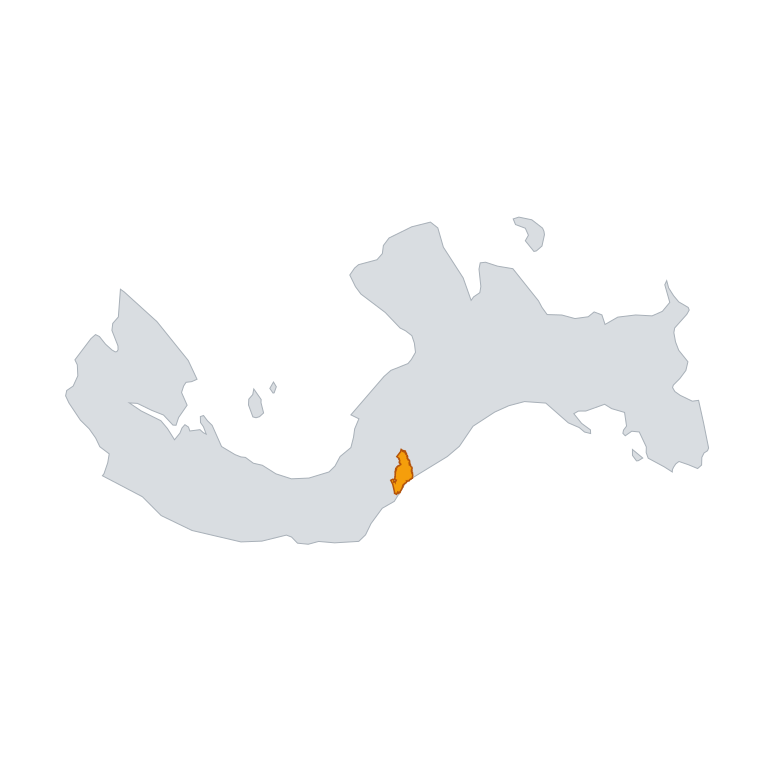 Chagres, Colón, Panama shown in context, rotated 168°
{"feature_id": "35544464B20659112060965", "entity_name": "Chagres", "entity_type": "district", "adm_level": 2, "iso_a3": "PAN", "parent_name": "Panama", "parent_adm1": "Colón", "projection": "natural_earth1", "projection_center": [-80.103, 9.121], "detail": "fine", "context": "in_parent", "style": "filled", "palette": "amber", "viewbox_px": 768, "rotation_deg": 168, "n_neighbors": 0, "source": "geoboundaries", "source_scale": "gbopen_adm2", "svg_char_len": 7578}
<svg xmlns="http://www.w3.org/2000/svg" viewBox="0 0 768 768"><g transform="rotate(168 384 384)"><path d="M678.5,352.8L676.5,354.5L670.6,364.4L667.3,372.8L675.0,381.7L677.3,391.2L681.7,401.5L688.5,411.8L696.1,430.9L697.9,438.6L695.7,443.6L688.5,446.6L681.8,455.6L680.0,466.5L681.3,471.9L661.1,489.4L655.9,492.3L652.5,489.6L648.1,480.8L643.0,473.8L640.2,471.3L638.6,471.2L637.0,472.8L636.3,476.6L639.0,493.0L636.7,499.7L629.9,504.8L622.1,531.5L619.0,528.1L593.1,492.2L570.6,447.7L565.9,427.5L571.7,426.3L577.3,426.8L580.4,423.7L583.8,417.8L581.0,404.2L591.9,393.9L596.0,386.9L599.0,387.7L606.1,399.5L616.5,406.4L629.2,416.3L637.1,418.5L627.1,408.1L609.9,394.5L605.1,385.5L600.5,373.0L593.8,378.4L590.7,383.0L587.2,385.6L584.2,382.5L583.7,378.4L573.5,377.6L570.9,374.0L568.3,371.9L569.5,379.7L571.5,384.5L570.4,390.3L567.1,390.7L564.3,384.7L560.7,379.3L555.9,356.6L544.4,345.9L539.1,342.4L534.8,341.0L528.3,333.7L519.9,329.8L508.4,318.6L494.3,310.5L477.0,307.6L456.1,309.4L449.0,313.9L444.2,319.6L442.0,322.2L429.6,328.7L424.9,338.2L422.0,346.2L415.8,355.2L422.8,360.7L382.4,391.4L374.4,395.9L356.3,399.0L352.1,402.3L346.6,408.4L345.8,417.7L346.7,425.5L351.9,431.6L356.6,435.4L367.9,453.7L387.9,476.8L391.7,485.2L394.8,497.7L388.7,503.5L384.1,506.0L365.0,507.0L358.5,511.9L355.8,519.6L348.7,525.8L324.2,532.0L304.9,532.7L298.9,525.5L297.5,505.5L284.5,471.3L281.4,447.7L278.2,450.6L271.3,453.4L269.0,459.2L267.2,476.6L264.7,482.5L259.4,482.0L248.5,475.7L234.0,470.0L215.6,433.2L213.6,426.2L210.0,418.0L195.7,414.5L183.6,408.3L170.3,407.3L163.5,410.8L156.5,406.3L155.4,396.3L141.4,400.8L123.5,399.2L107.6,394.9L96.6,397.2L87.5,404.4L88.7,422.7L86.0,426.3L85.6,418.8L82.4,410.2L78.6,403.0L70.5,395.6L70.1,392.9L73.3,389.2L88.0,378.4L89.8,374.0L90.1,364.6L88.7,355.7L82.1,342.6L85.9,334.5L93.4,327.9L101.2,322.8L102.5,320.6L101.1,316.2L96.6,311.3L86.0,303.1L79.7,302.6L79.5,279.0L79.8,253.9L81.4,251.5L85.3,250.0L88.4,246.1L90.2,238.7L94.8,236.1L103.1,241.8L111.6,246.9L115.2,245.2L117.8,242.7L119.7,240.3L120.3,238.0L127.1,244.7L141.0,256.5L141.8,262.4L140.5,267.9L144.3,284.0L151.5,286.3L158.8,283.2L160.6,286.1L159.3,289.1L155.5,292.4L154.6,306.2L166.5,312.6L172.4,318.3L192.2,315.6L199.5,317.1L204.5,315.5L198.9,304.4L191.6,296.2L192.2,292.6L197.8,295.3L202.1,300.8L211.8,307.7L229.7,331.7L250.2,337.6L266.5,336.8L281.6,333.5L305.7,324.2L323.2,307.4L337.1,299.9L382.3,283.9L398.3,267.1L405.1,264.9L411.6,262.8L425.7,250.2L433.4,240.3L441.4,235.3L465.3,238.9L480.7,243.6L491.4,243.0L501.7,246.3L506.2,253.5L510.9,256.5L536.1,255.7L556.8,259.3L602.2,280.6L629.3,301.6L643.7,323.9L678.5,352.8ZM223.3,518.6L217.4,519.2L205.3,513.9L196.5,503.5L195.8,500.1L196.0,496.7L200.8,486.1L207.3,482.5L209.8,482.5L216.0,494.7L211.8,499.5L213.4,507.0L222.2,512.6L223.3,518.6ZM514.6,400.9L512.4,406.2L507.4,394.4L508.2,391.3L507.8,380.7L512.6,377.9L516.2,377.6L519.1,379.1L520.9,391.7L519.4,397.3L514.6,400.9ZM155.8,262.5L154.6,268.3L146.3,257.8L151.2,256.1L153.0,256.3L155.8,262.5ZM496.6,403.4L491.7,408.9L489.9,403.7L493.3,398.2L494.4,398.2L496.6,403.4Z" fill="#d9dde1" stroke="#a8b0b8" stroke-width="1"/><path d="M380.8,316.5L381.8,314.4L386.6,310.3L384.7,307.9L384.8,307.8L384.9,307.7L385.1,307.4L385.0,307.2L384.9,307.1L384.8,306.9L384.7,306.6L384.5,306.2L384.6,305.8L384.7,305.7L384.8,305.5L384.8,305.4L384.9,304.9L385.0,304.8L385.0,304.7L385.3,304.6L385.4,304.4L385.4,304.2L385.5,304.2L385.4,304.2L385.4,303.9L385.1,303.8L385.2,303.5L385.1,303.4L385.1,303.2L384.8,302.9L384.5,302.6L384.4,302.5L384.3,302.3L384.3,302.1L384.3,301.9L384.3,301.7L384.5,301.6L385.3,301.5L385.5,301.4L385.7,301.2L385.9,301.2L386.1,301.0L386.5,301.1L386.7,300.8L387.1,300.9L387.5,300.9L387.9,300.4L388.5,300.3L388.5,300.2L388.5,299.9L388.7,299.7L388.8,299.5L388.9,299.4L389.0,299.4L389.4,299.1L389.6,299.2L389.9,299.1L390.0,299.1L390.1,298.8L390.0,298.7L389.9,298.4L390.0,298.4L390.1,298.2L390.2,297.9L390.4,297.6L390.6,297.6L390.7,297.3L390.7,297.2L390.4,297.0L390.5,296.9L390.4,296.9L390.5,296.8L390.5,296.7L390.7,296.3L390.8,296.3L390.9,295.9L391.1,295.8L391.2,295.7L391.3,295.7L391.5,295.3L391.5,295.1L391.3,294.9L391.3,294.7L391.5,294.7L391.6,294.2L391.8,293.6L391.9,293.4L391.8,293.2L391.9,292.9L391.9,292.7L392.0,292.5L392.2,291.9L392.2,291.7L392.1,291.4L392.2,291.2L392.3,291.1L392.5,291.1L392.5,290.9L392.5,290.6L392.6,290.3L392.7,290.1L392.8,290.2L392.9,289.9L393.0,289.7L393.2,289.3L393.1,289.1L393.3,288.9L393.4,288.7L393.5,288.6L393.1,288.5L392.9,288.2L392.6,287.8L392.3,287.6L391.9,287.4L392.3,286.8L392.5,286.7L392.8,286.4L392.9,286.2L393.0,286.1L393.4,285.9L393.5,285.6L393.6,286.0L393.9,286.2L394.1,286.0L394.4,286.3L394.6,286.4L394.8,286.3L394.7,286.6L394.2,288.3L394.4,288.5L394.9,288.9L395.1,289.0L397.4,288.4L397.3,288.1L396.4,284.4L396.3,283.5L396.2,277.3L396.2,276.5L396.4,274.9L396.2,274.9L395.9,274.9L395.8,274.7L395.6,274.3L395.6,274.1L395.1,274.0L394.8,273.9L394.6,273.5L394.3,273.7L394.1,274.0L393.8,274.3L393.8,274.6L393.6,274.8L393.3,274.7L393.2,275.0L393.1,274.8L393.1,274.7L393.0,274.4L392.9,274.4L392.8,274.6L392.7,274.5L392.6,274.4L392.6,275.1L392.4,275.0L392.3,274.9L392.0,275.1L391.1,274.4L390.6,274.9L390.8,275.1L390.5,275.5L389.9,276.1L389.6,276.3L389.6,276.5L389.4,276.6L388.9,277.1L388.7,277.2L388.5,277.5L388.4,277.8L388.0,278.3L387.9,278.5L387.6,278.7L387.6,278.8L387.5,279.0L387.3,279.1L387.4,279.3L387.3,279.5L387.2,279.7L387.0,279.8L386.9,279.8L387.0,279.8L386.9,279.8L386.9,280.0L386.7,280.1L386.5,280.3L386.5,280.5L386.7,280.8L386.5,281.1L386.1,281.3L385.9,281.5L385.7,281.6L385.3,281.8L384.9,282.0L384.5,282.2L384.5,282.3L384.4,282.3L384.2,282.5L383.5,282.7L382.9,282.8L382.6,283.0L382.3,283.3L382.2,283.5L382.0,283.8L381.9,283.9L381.9,284.0L382.0,283.9L382.1,284.0L382.1,283.9L381.8,284.1L381.7,284.1L381.8,284.0L381.8,283.9L381.5,284.0L380.6,284.1L379.7,284.0L379.4,284.2L379.4,284.3L379.2,284.7L378.9,284.7L378.8,285.0L378.5,285.2L378.2,285.3L377.9,285.3L377.4,285.2L377.3,285.3L377.2,285.6L377.1,285.8L376.7,285.9L375.8,285.9L375.7,286.1L375.6,286.5L375.5,287.3L375.0,288.2L375.0,288.4L375.0,288.6L374.8,289.1L374.9,289.7L374.9,290.0L374.6,290.9L374.8,291.0L375.3,291.1L375.4,291.3L375.3,291.5L374.9,291.7L374.7,292.0L374.8,292.1L375.2,292.8L375.4,293.2L375.2,293.3L374.9,293.5L374.5,293.8L374.4,293.9L374.4,294.0L374.8,294.5L374.8,294.8L374.6,295.1L374.0,295.7L374.0,296.5L374.1,296.9L374.4,297.0L374.6,297.3L374.7,297.5L375.1,298.5L374.9,298.9L374.9,299.1L375.1,299.1L375.2,299.3L375.8,299.4L375.9,299.5L375.6,299.6L375.6,299.8L375.4,299.9L375.1,300.3L375.1,300.5L375.3,300.6L375.7,300.5L375.9,300.7L375.7,300.6L375.6,300.8L375.8,301.0L375.7,301.3L375.6,301.5L375.8,301.6L375.7,301.9L375.6,302.1L375.4,302.1L375.5,302.3L375.4,302.4L375.2,302.5L375.0,302.9L375.0,303.7L375.0,303.9L375.4,304.1L375.6,304.3L375.5,304.9L375.6,305.0L375.8,305.1L376.1,304.8L376.3,304.9L376.3,305.2L376.1,305.8L376.2,306.0L376.6,306.2L376.7,306.5L376.8,306.8L376.7,306.9L376.4,307.1L376.3,307.4L376.0,307.7L376.1,307.8L376.4,308.1L376.6,308.4L376.4,308.5L376.2,308.7L376.1,309.0L376.3,309.1L376.3,309.3L376.5,309.8L376.8,310.2L377.0,310.4L376.9,310.5L376.6,310.7L376.6,311.0L376.9,311.1L376.8,311.3L376.5,311.6L376.6,311.8L376.8,312.0L377.0,312.3L377.4,312.0L377.5,312.0L377.6,312.3L377.1,313.3L377.0,313.8L377.2,314.0L377.3,314.1L377.7,313.7L378.1,313.6L378.0,313.9L378.0,314.1L378.2,314.3L378.4,314.0L378.5,314.0L378.5,314.7L378.7,314.8L379.1,314.7L379.4,314.3L379.6,314.3L379.4,314.7L379.4,314.8L379.7,314.9L379.8,315.2L379.9,315.3L380.2,315.3L380.3,315.4L380.4,315.6L380.3,315.9L380.3,316.1L380.5,316.3L380.8,316.5Z" fill="#f59e0b" stroke="#b45309" stroke-width="1.5"/></g></svg>